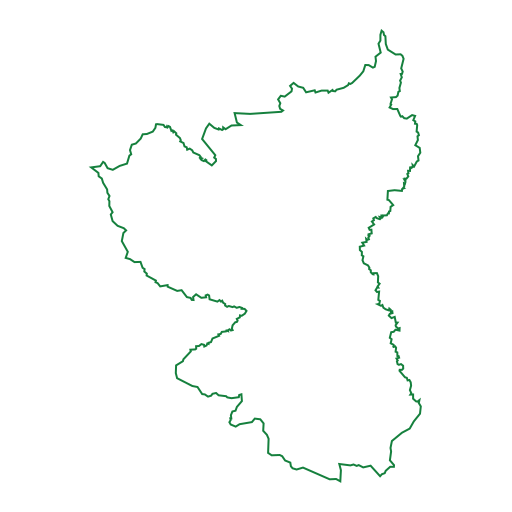 the district of Wang Chan, Rayong, Thailand
{"feature_id": "78962969B3621953586830", "entity_name": "Wang Chan", "entity_type": "district", "adm_level": 2, "iso_a3": "THA", "parent_name": "Thailand", "parent_adm1": "Rayong", "projection": "albers", "projection_center": [101.511, 12.97], "detail": "fine", "context": "isolated", "style": "outline", "palette": "green", "viewbox_px": 512, "rotation_deg": 0, "n_neighbors": 0, "source": "geoboundaries", "source_scale": "gbopen_adm2", "svg_char_len": 6064}
<svg xmlns="http://www.w3.org/2000/svg" viewBox="0 0 512 512"><path d="M229.4,422.2L230.7,424.5L235.7,426.6L239.6,424.2L251.9,422.1L254.8,418.6L260.3,419.3L263.6,423.4L263.2,430.8L266.9,434.8L268.6,438.8L268.1,452.9L271.7,455.3L279.7,455.0L282.2,456.2L285.1,460.5L290.3,462.6L290.9,466.3L292.6,468.3L296.6,469.5L303.0,467.6L329.7,479.3L336.1,479.0L340.3,481.3L340.9,470.2L339.3,464.0L350.4,465.4L353.5,464.5L356.7,465.9L358.7,465.1L363.2,467.4L370.6,465.7L380.1,476.2L381.9,474.2L384.7,473.2L385.7,470.8L390.2,466.8L393.9,466.8L394.0,465.1L389.9,460.3L391.1,451.5L390.5,448.0L391.9,441.0L402.0,432.7L409.7,428.6L413.8,421.4L420.0,413.7L420.8,406.4L418.8,403.0L419.4,400.1L417.5,401.6L416.1,401.4L413.1,398.7L413.1,394.5L410.4,394.6L411.3,393.2L409.9,390.1L411.1,385.7L410.7,382.3L409.4,380.0L407.6,380.4L406.8,377.8L405.0,377.3L399.5,370.8L399.7,369.8L401.9,369.9L403.2,368.6L403.1,365.7L401.0,364.1L398.9,364.8L397.6,364.1L396.9,361.3L397.7,360.5L396.5,358.5L399.1,357.7L398.6,356.1L397.4,356.0L397.3,352.4L395.6,351.7L396.1,347.8L395.2,346.4L392.7,347.2L394.0,346.3L393.6,344.8L390.7,343.3L391.6,339.2L389.8,337.8L391.2,332.2L393.7,331.8L395.5,329.7L399.5,330.6L399.6,328.1L398.1,328.5L395.9,326.5L395.6,325.2L397.5,322.6L395.8,322.5L394.7,316.9L391.5,318.1L388.8,315.6L389.8,313.8L392.5,313.1L392.3,311.5L391.0,312.3L390.8,309.9L389.3,308.6L388.9,310.4L385.7,309.3L383.4,307.7L382.4,305.0L381.0,305.8L377.7,304.2L379.3,303.8L379.9,300.9L378.3,299.9L379.1,291.6L377.0,292.0L375.5,290.3L377.1,287.6L378.3,287.6L377.6,286.4L379.6,283.7L377.9,282.4L378.2,276.2L376.9,273.1L373.5,273.2L373.5,274.4L372.7,274.2L370.8,272.3L370.8,270.3L369.1,269.0L369.4,267.7L368.0,265.4L363.8,263.3L362.5,260.2L363.4,256.3L361.8,255.3L361.9,251.9L359.9,250.1L359.8,246.7L364.1,245.6L362.3,242.7L366.6,241.9L366.2,238.9L367.3,239.9L368.9,239.3L368.3,237.7L369.5,236.0L368.4,235.5L368.5,234.3L371.7,233.4L371.4,229.7L369.6,229.8L368.7,227.8L374.1,224.5L371.9,221.5L373.9,220.2L373.3,218.4L376.5,216.5L375.7,217.2L376.7,218.1L379.9,219.2L380.8,218.3L379.9,217.0L381.8,217.4L381.4,215.5L382.5,215.4L382.9,216.5L383.5,215.5L386.9,215.3L387.9,213.4L388.9,213.4L389.0,211.5L390.3,211.0L390.6,206.8L393.2,205.1L388.9,200.1L387.4,199.7L387.9,191.0L394.6,190.2L401.9,190.9L402.1,189.1L403.8,188.3L403.1,188.0L404.2,186.6L404.0,183.4L404.9,184.0L405.5,181.8L404.3,179.5L405.2,179.7L404.9,178.6L406.4,178.7L408.3,176.4L407.3,174.0L409.1,172.8L408.3,172.9L408.1,170.8L410.0,170.9L410.1,167.4L411.5,167.2L411.4,167.9L413.0,166.9L412.7,165.1L414.1,166.5L416.8,161.5L418.5,160.5L418.0,156.2L420.3,152.7L419.7,147.9L415.3,145.2L417.9,140.0L417.5,136.3L418.9,135.2L418.1,132.5L416.6,131.6L417.2,125.1L416.7,123.9L415.0,123.7L415.3,121.4L413.3,120.2L415.1,115.9L412.1,115.1L406.8,118.6L404.2,118.2L402.3,116.2L401.0,116.7L400.3,115.9L397.3,109.0L393.1,109.1L389.6,107.5L391.2,104.6L390.5,104.0L392.0,99.3L391.0,97.5L396.0,97.1L397.6,95.6L398.4,91.8L399.8,91.1L399.4,88.0L400.9,82.6L400.1,80.6L401.8,77.3L400.7,74.0L402.0,73.9L402.7,71.6L401.2,68.4L403.6,58.8L402.4,55.8L400.6,54.3L395.6,54.5L387.8,49.6L385.8,44.0L385.4,36.2L384.0,35.0L383.5,32.3L381.6,30.7L380.4,34.8L380.4,40.6L378.5,43.7L380.7,52.6L375.5,56.7L376.0,61.1L374.7,66.8L372.9,67.6L368.7,65.1L365.3,65.0L363.3,71.3L359.8,75.6L352.1,83.0L350.2,84.0L348.9,83.3L348.1,85.1L343.7,87.8L336.6,89.7L335.2,91.3L332.9,91.0L332.5,90.0L328.5,92.7L327.7,90.6L321.6,90.6L315.5,92.5L314.7,90.3L306.1,92.3L303.2,87.8L298.2,86.5L293.6,82.9L290.1,85.9L292.0,88.7L291.5,91.4L284.7,96.6L280.8,95.8L278.1,99.4L280.3,103.2L279.3,106.0L280.1,108.8L283.0,110.5L281.3,111.8L250.1,113.9L234.6,113.1L236.9,122.5L240.8,125.1L231.5,125.5L225.6,129.2L223.2,127.4L223.2,129.3L222.1,130.0L218.9,128.4L218.6,129.5L214.3,127.9L209.3,123.7L206.0,128.4L202.1,139.0L215.3,155.2L214.2,157.6L215.9,158.9L216.0,161.1L211.8,165.4L205.7,161.1L206.3,160.2L205.4,159.5L203.9,161.1L201.6,160.1L200.6,159.0L201.8,158.3L200.0,157.6L200.6,156.8L199.4,155.2L193.3,152.5L192.2,150.3L189.7,148.6L187.2,149.7L186.7,147.3L184.5,146.4L183.5,143.0L180.2,141.4L180.8,140.2L179.9,138.0L176.0,134.7L176.3,133.3L174.1,131.3L173.3,132.2L172.6,130.4L171.4,130.9L170.0,126.9L168.6,126.1L167.6,127.3L167.0,126.3L166.5,127.3L164.9,127.0L163.5,124.9L157.2,124.1L156.0,124.3L155.4,127.8L152.8,131.6L146.9,134.0L142.7,134.3L140.7,138.6L135.9,143.5L131.8,144.7L130.0,150.1L131.2,154.3L129.4,155.6L127.0,163.6L119.7,165.9L112.8,169.8L107.6,168.2L104.7,163.0L103.1,161.9L100.2,166.2L91.2,167.4L98.4,172.9L98.7,176.3L101.8,178.5L103.1,182.8L107.1,189.4L107.4,192.8L109.5,196.0L108.3,199.2L109.4,201.2L109.3,206.0L112.6,212.2L110.8,214.5L112.6,221.1L117.6,225.8L123.8,228.2L126.1,230.4L123.4,233.0L121.8,241.1L127.8,251.8L125.7,257.9L130.0,259.1L134.5,262.1L140.5,261.9L142.6,267.8L144.6,269.1L144.3,271.5L146.8,273.6L146.6,275.5L155.9,280.6L155.5,282.2L157.6,283.1L160.2,286.4L167.6,285.1L167.7,286.7L177.2,290.9L181.6,290.2L186.9,297.1L190.6,297.9L191.7,299.9L193.5,300.0L193.1,297.0L196.1,294.3L201.3,297.8L206.1,297.3L205.7,295.4L207.6,294.6L209.1,295.5L209.6,299.3L217.4,301.6L219.5,300.1L221.0,301.6L222.2,300.7L223.2,302.8L225.2,304.0L225.1,305.5L227.1,306.8L228.8,306.0L232.6,307.1L234.1,306.4L236.7,307.8L239.4,307.0L242.0,307.9L241.7,308.8L244.6,308.9L246.5,310.9L244.8,313.7L241.7,315.8L240.0,315.4L239.8,317.4L236.8,318.9L237.6,320.7L236.8,322.0L235.3,322.2L232.6,325.3L231.9,328.5L232.6,330.1L230.9,330.5L229.5,329.3L227.8,330.3L228.0,331.1L226.4,330.5L226.0,331.4L221.8,331.9L220.7,333.9L218.4,334.4L219.1,335.8L212.5,338.5L211.0,342.1L208.8,342.7L208.6,343.9L207.4,343.4L206.5,345.5L204.3,346.5L204.0,344.8L201.4,344.1L199.0,346.0L196.1,346.2L196.2,348.7L195.3,349.4L190.4,349.7L190.8,351.4L183.4,359.3L182.9,361.2L176.1,365.4L175.8,373.1L177.1,378.2L192.3,386.0L197.5,387.0L202.2,394.1L204.8,394.4L208.0,396.6L211.1,395.7L212.5,393.8L216.1,393.0L218.6,395.3L226.1,396.2L227.3,397.4L231.5,398.2L238.8,397.2L239.2,395.0L241.4,394.3L241.9,401.1L236.9,406.9L235.5,410.7L232.4,411.5L230.9,415.2L231.3,418.4L230.3,418.4L230.7,420.0L229.4,422.2Z" fill="none" stroke="#15803d" stroke-width="2"/></svg>